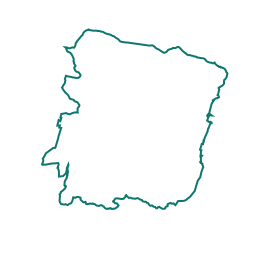 the district of Vladesti, Arges, Romania, rotated 287°
{"feature_id": "2599482B92023651488656", "entity_name": "Vladesti", "entity_type": "district", "adm_level": 2, "iso_a3": "ROU", "parent_name": "Romania", "parent_adm1": "Arges", "projection": "equal_earth", "projection_center": [24.925, 45.154], "detail": "fine", "context": "isolated", "style": "outline", "palette": "teal", "viewbox_px": 256, "rotation_deg": 287, "n_neighbors": 0, "source": "geoboundaries", "source_scale": "gbopen_adm2", "svg_char_len": 5707}
<svg xmlns="http://www.w3.org/2000/svg" viewBox="0 0 256 256"><g transform="rotate(287 128 128)"><path d="M216.0,172.9L216.1,171.3L215.7,170.0L216.0,168.8L215.7,167.7L215.8,166.6L215.8,165.7L215.3,164.5L215.6,162.6L216.4,161.4L216.5,160.5L217.5,158.0L219.8,154.0L220.0,153.5L220.3,152.6L220.1,151.8L218.3,150.0L217.8,148.1L217.6,147.5L216.6,146.8L215.6,145.1L214.4,143.5L213.3,143.2L211.9,142.4L211.1,141.5L210.5,140.6L210.5,139.7L212.0,134.6L212.2,133.5L212.2,132.6L212.7,130.9L213.7,129.3L213.9,128.2L214.2,127.5L213.7,125.8L213.2,124.8L213.0,124.1L209.7,103.2L208.9,99.5L208.5,96.0L208.6,95.2L208.8,94.6L210.1,92.7L210.7,90.0L211.6,87.8L211.5,86.4L211.9,84.9L212.1,83.0L211.9,79.9L212.1,77.7L212.3,77.2L212.6,75.6L212.3,74.1L212.4,72.7L212.3,71.4L211.8,70.7L211.9,69.5L211.0,66.7L210.7,65.4L210.8,64.3L210.4,63.3L210.6,62.1L210.4,61.9L210.6,61.3L209.9,60.8L209.0,59.4L207.2,58.1L206.4,57.7L205.6,57.5L203.4,57.3L202.5,56.6L195.5,53.7L195.2,53.8L193.8,53.2L191.5,53.5L190.3,53.4L189.0,52.9L188.9,51.5L188.2,50.3L187.4,49.2L186.9,48.3L186.9,47.5L187.2,46.5L186.8,44.5L186.4,45.4L185.0,46.2L184.5,46.9L183.7,47.3L183.3,48.3L183.2,50.4L182.9,51.1L181.1,53.5L180.0,54.3L178.6,55.7L177.4,56.1L176.0,56.3L175.5,56.6L175.1,57.3L174.7,57.2L173.8,57.6L172.2,59.6L171.8,59.7L170.6,59.0L169.6,59.0L167.9,60.6L167.4,60.9L166.8,62.3L166.8,64.5L165.2,66.7L164.5,67.2L163.6,67.2L161.6,66.1L161.0,64.8L160.6,63.0L160.5,61.8L160.2,60.3L160.2,58.1L159.9,57.0L159.9,55.6L159.7,53.4L158.6,53.5L156.6,53.2L155.3,54.2L154.2,54.2L152.9,54.5L151.1,54.1L149.6,53.5L147.7,53.4L147.4,53.1L146.2,54.2L143.5,57.8L143.0,59.1L141.9,61.1L141.2,61.9L139.0,63.9L139.0,67.8L138.1,69.0L137.8,69.9L138.0,70.8L137.8,71.4L137.7,72.2L137.0,73.3L136.4,73.8L135.6,74.9L135.4,75.0L134.0,74.8L133.7,74.6L132.1,74.1L131.0,74.3L129.8,74.8L128.9,74.9L128.1,75.4L127.2,72.2L125.7,70.1L124.1,68.4L123.9,66.4L124.2,64.6L121.9,60.1L118.3,60.3L118.3,61.3L114.8,61.3L115.4,59.4L109.6,59.7L110.5,62.1L108.3,62.1L108.5,64.1L99.6,64.0L98.4,64.2L88.1,64.3L87.7,64.2L87.4,63.2L86.7,62.0L83.9,60.0L83.9,59.9L79.8,56.9L76.6,56.3L73.6,55.5L73.3,55.9L72.5,56.4L72.2,56.5L69.5,56.6L68.2,56.4L67.9,56.8L67.9,57.2L68.4,58.3L68.9,60.1L71.6,65.1L73.0,69.0L74.1,71.4L73.4,72.1L72.5,72.4L69.5,72.2L69.6,72.7L69.3,72.7L66.6,74.5L61.4,76.2L63.0,79.9L66.5,81.9L67.5,81.8L69.4,81.8L72.5,81.2L73.6,81.5L75.7,81.6L75.2,81.9L72.2,81.8L71.2,82.1L69.9,82.8L69.1,82.8L68.4,83.6L67.7,83.4L66.9,83.6L65.1,83.5L64.9,84.0L64.5,84.0L63.0,83.7L62.4,84.1L59.5,83.3L57.8,83.2L54.5,84.0L54.1,84.4L54.0,85.1L54.3,85.3L54.2,85.5L53.8,85.8L51.9,85.5L51.3,85.3L50.6,84.7L49.8,84.4L49.4,84.1L48.6,83.6L47.3,82.5L46.8,82.5L46.3,82.7L44.5,82.0L43.6,82.7L38.4,83.8L36.9,84.8L36.4,85.6L35.7,86.2L36.1,89.3L36.9,90.6L36.6,92.4L36.6,92.7L36.9,93.1L38.4,94.1L39.1,95.3L39.5,95.6L41.9,96.1L45.7,95.9L45.8,97.1L45.7,97.6L45.8,98.0L46.9,99.0L47.2,99.5L47.5,100.2L47.5,102.9L46.9,103.2L45.9,103.4L45.4,103.9L43.9,107.1L43.9,107.5L44.9,108.9L44.0,109.8L43.1,110.3L43.3,110.8L43.3,111.7L43.9,112.4L44.7,113.9L44.8,115.5L45.5,116.3L45.5,116.6L45.3,117.1L45.5,118.6L44.9,119.7L44.7,120.6L44.9,122.4L45.0,123.1L46.3,124.6L46.4,126.1L45.8,127.0L45.8,127.9L45.1,128.6L44.5,129.9L44.4,131.4L45.1,132.3L45.0,133.1L46.1,134.1L46.3,134.9L45.8,135.4L46.0,136.7L46.5,137.3L46.8,138.7L47.7,139.6L49.6,141.1L51.2,141.6L52.0,140.4L52.5,139.8L52.7,139.2L52.2,137.6L53.1,136.4L53.3,135.2L53.7,135.2L54.5,135.8L56.5,136.4L57.1,136.9L57.7,138.8L58.1,142.1L58.7,143.8L59.0,144.3L59.4,144.7L59.9,144.7L61.1,145.6L61.9,145.7L62.6,145.4L62.9,145.5L63.3,145.9L62.9,146.3L61.4,149.1L62.1,150.8L61.9,151.8L62.0,153.3L62.5,155.7L63.6,157.3L63.8,158.3L63.2,160.1L63.1,162.6L62.3,163.2L62.2,163.6L62.3,165.3L62.6,166.1L62.6,166.9L62.0,167.6L62.1,169.0L61.4,170.0L60.5,171.0L60.2,171.9L60.2,172.4L61.0,173.5L60.7,174.4L60.4,174.7L60.2,176.2L60.4,177.1L59.7,178.0L59.5,178.5L59.9,179.5L61.1,179.9L61.4,180.5L61.8,180.9L61.4,181.9L61.0,183.8L60.9,184.9L61.1,185.7L61.5,186.5L62.1,187.1L63.0,187.0L63.7,187.2L64.6,188.5L64.9,188.7L65.4,188.7L66.6,188.1L67.7,189.1L68.8,190.8L68.4,191.4L68.4,191.8L69.2,193.7L68.5,194.7L68.1,195.9L72.8,197.3L74.5,202.4L75.8,204.3L80.7,207.6L87.2,210.2L97.9,210.1L102.1,211.5L107.6,211.0L108.3,211.2L111.5,211.2L112.5,211.4L114.2,210.4L114.7,209.7L115.7,209.4L115.8,207.9L116.4,207.9L116.4,207.2L116.8,207.0L117.0,207.3L117.6,207.5L121.2,206.2L123.2,206.9L123.2,205.9L122.3,205.9L122.2,205.5L124.4,205.2L126.6,204.7L128.2,204.7L128.3,203.2L131.5,203.3L134.3,203.2L134.5,204.4L137.7,204.0L137.5,204.4L140.7,204.2L147.8,205.1L150.7,204.8L151.4,205.1L156.8,205.4L156.7,205.9L157.4,206.0L157.4,206.4L157.8,206.2L157.9,205.7L158.0,204.8L157.7,204.4L157.5,203.1L158.3,202.1L158.3,201.5L161.8,201.7L161.9,201.4L162.1,201.4L162.9,201.9L162.9,201.6L162.6,200.4L162.7,200.2L164.0,200.3L164.4,200.7L164.8,200.8L164.7,201.4L164.9,202.3L164.5,203.1L164.4,203.9L164.5,204.4L165.2,202.3L165.9,201.3L176.0,200.9L179.1,201.9L178.9,201.2L179.3,201.0L181.9,203.3L182.4,204.0L182.4,204.4L184.0,206.0L185.0,205.2L185.5,205.0L185.7,204.7L185.8,204.1L186.3,204.3L187.0,204.2L188.6,204.2L189.9,204.0L191.4,204.0L192.0,203.6L192.7,202.9L193.0,202.9L196.0,205.7L197.1,206.4L197.9,206.7L198.7,206.8L201.8,205.9L203.3,206.8L205.4,207.4L209.3,207.1L209.7,206.7L210.1,205.8L211.7,204.6L212.9,203.0L213.2,201.6L213.1,200.7L213.4,199.8L213.1,199.1L213.5,198.6L213.6,198.2L213.1,197.6L213.0,197.3L213.7,196.3L213.6,195.4L214.1,194.5L214.3,193.8L215.1,192.4L216.0,191.7L215.9,191.5L214.8,190.7L214.6,190.1L214.6,189.7L214.9,188.7L214.6,188.0L214.5,186.3L214.6,184.8L215.0,183.3L215.6,182.4L216.1,182.1L216.7,180.3L216.5,179.3L216.5,178.5L216.2,177.4L215.9,174.6L215.6,173.3L216.0,172.9Z" fill="none" stroke="#0f766e" stroke-width="2"/></g></svg>